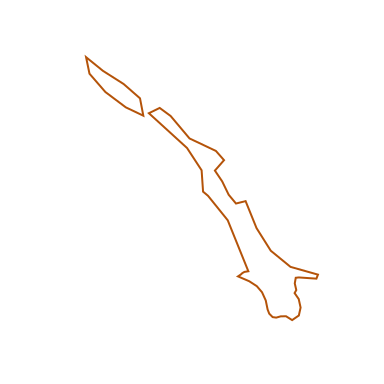 an SVG outline of Exuma, rotated 201°
{"feature_id": "BHS-5024", "entity_name": "Exuma", "entity_type": "District", "adm_level": 1, "iso_a3": "BHS", "parent_name": "The Bahamas", "parent_adm1": "", "projection": "mercator", "projection_center": [-75.857, 23.545], "detail": "fine", "context": "isolated", "style": "outline", "palette": "amber", "viewbox_px": 384, "rotation_deg": 201, "n_neighbors": 0, "source": "natural_earth", "source_scale": "10m", "svg_char_len": 805}
<svg xmlns="http://www.w3.org/2000/svg" viewBox="0 0 384 384"><g transform="rotate(201 192 192)"><path d="M181.8,196.3L190.8,215.7L212.4,231.3L260.5,250.1L252.3,258.9L239.2,255.3L213.5,241.1L184.4,238.9L173.5,233.2L178.3,220.2L167.6,212.7L156.8,202.6L146.8,197.0L138.7,202.7L118.8,181.4L97.4,165.4L73.2,157.4L44.8,160.0L44.8,155.7L61.7,150.5L64.4,149.1L63.3,143.5L59.5,137.8L60.0,134.4L54.0,130.3L49.2,123.0L48.0,115.0L52.6,108.3L59.7,109.7L64.6,107.7L68.4,104.9L71.9,104.1L76.3,106.1L79.3,109.4L84.3,117.2L90.7,123.5L97.7,127.3L106.6,129.2L118.8,129.7L116.9,132.4L115.9,134.4L114.4,136.2L111.0,138.2L148.5,178.4L175.7,194.2L181.8,196.3ZM264.8,245.8L284.1,247.3L308.7,254.3L330.1,265.7L339.2,279.9L318.6,273.2L294.5,268.3L274.1,260.8L264.8,245.8Z" fill="none" stroke="#b45309" stroke-width="2"/></g></svg>